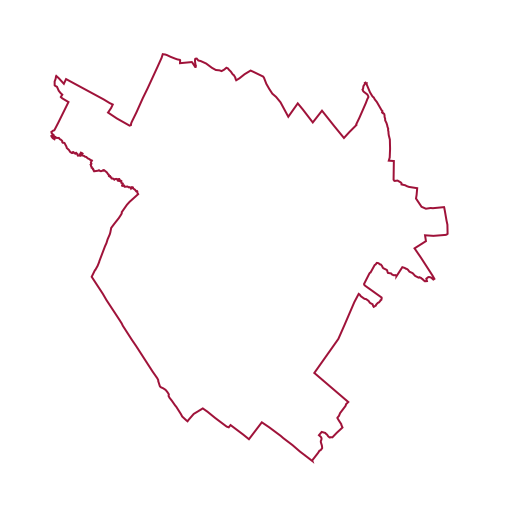 Belcesti, Iasi, Romania, rotated 175°
{"feature_id": "2599482B23393445756532", "entity_name": "Belcesti", "entity_type": "district", "adm_level": 2, "iso_a3": "ROU", "parent_name": "Romania", "parent_adm1": "Iasi", "projection": "mercator", "projection_center": [27.109, 47.31], "detail": "fine", "context": "isolated", "style": "outline", "palette": "rose", "viewbox_px": 512, "rotation_deg": 175, "n_neighbors": 0, "source": "geoboundaries", "source_scale": "gbopen_adm2", "svg_char_len": 6073}
<svg xmlns="http://www.w3.org/2000/svg" viewBox="0 0 512 512"><g transform="rotate(175 256 256)"><path d="M132.5,418.9L132.4,418.3L132.5,418.0L134.2,415.8L134.8,413.2L135.4,412.5L134.8,410.8L134.2,410.1L131.0,407.2L130.2,405.2L130.2,404.4L131.3,402.8L133.3,398.7L141.0,384.6L144.7,378.4L144.5,377.8L152.1,371.4L158.1,365.9L166.7,378.5L177.6,395.0L187.8,384.1L196.6,397.9L201.1,404.4L211.7,391.9L218.2,407.0L222.1,412.7L225.6,416.3L228.3,421.4L230.7,426.6L232.5,432.8L233.2,434.1L242.9,439.9L245.2,441.2L251.5,438.1L257.1,434.4L260.4,432.8L261.0,434.4L261.0,435.4L262.3,438.1L263.3,438.9L265.0,441.9L266.8,444.0L267.6,445.3L269.1,446.1L271.5,444.4L274.2,443.2L276.1,444.1L279.8,444.8L283.5,447.3L288.9,452.1L294.2,455.1L296.2,455.7L296.5,455.9L297.8,457.8L298.4,457.9L299.1,457.8L299.4,457.6L299.7,456.4L299.8,455.0L299.6,451.8L299.3,450.8L299.6,449.6L300.1,449.6L302.7,454.5L303.1,454.8L314.9,454.7L314.5,457.6L314.7,458.0L317.2,458.7L319.4,459.7L323.8,461.9L327.2,463.9L328.8,464.6L331.3,465.2L332.8,461.6L337.8,452.7L349.4,432.4L354.9,423.3L362.7,409.3L368.1,400.4L368.8,399.0L369.2,397.3L370.6,396.9L382.7,405.2L390.9,411.8L387.4,416.1L385.5,419.4L388.3,421.0L394.0,425.2L429.8,448.8L432.4,444.3L436.9,450.2L439.3,452.8L439.5,452.5L440.2,449.9L441.4,447.4L441.7,443.6L441.2,443.0L439.5,441.9L438.1,437.8L436.5,435.4L434.9,433.6L436.6,431.4L436.4,431.1L435.2,429.9L429.4,425.7L441.5,405.8L445.7,399.2L446.0,398.8L447.6,398.4L448.2,397.8L449.0,397.5L449.0,396.8L448.7,395.8L447.0,394.1L446.9,393.5L447.3,393.3L448.4,393.7L449.4,393.4L449.3,392.9L448.2,391.1L446.6,389.9L446.3,390.5L447.0,391.6L447.1,392.2L446.9,392.6L446.6,392.7L445.4,392.1L444.8,391.2L444.4,391.0L442.1,390.8L441.3,389.5L440.3,388.9L439.2,387.7L439.0,387.3L439.1,386.4L438.7,385.7L437.1,385.4L436.9,385.2L435.3,381.4L435.1,380.1L433.1,377.9L432.0,375.8L430.4,374.6L430.0,374.6L429.6,375.4L429.0,375.5L428.6,375.2L428.0,374.2L427.0,373.7L426.5,374.4L426.2,374.5L425.4,373.5L424.7,371.5L423.2,371.5L422.3,371.1L422.0,371.2L421.9,371.6L422.6,372.3L422.7,372.7L422.0,372.8L421.5,374.2L420.7,373.9L419.9,373.2L420.9,372.2L421.0,371.9L420.8,371.5L418.6,370.7L417.8,369.9L416.4,369.4L415.2,368.0L413.3,366.9L412.8,366.2L411.2,365.5L411.1,365.3L411.7,364.8L412.0,364.1L412.3,363.8L412.3,362.9L411.9,362.2L412.0,362.0L412.8,361.4L412.5,360.7L412.5,359.9L411.9,359.0L412.1,358.3L411.0,357.5L410.7,357.0L410.9,356.5L410.2,355.8L410.2,355.0L409.9,354.5L405.2,354.8L404.9,355.1L403.7,354.1L402.7,354.0L401.4,354.4L400.7,354.3L400.5,354.9L399.9,354.8L397.3,352.3L396.2,350.3L395.6,349.9L395.6,348.5L395.4,348.3L394.4,348.3L394.3,347.4L393.3,346.9L393.3,346.1L393.1,345.8L391.3,345.4L390.5,344.4L389.7,344.9L388.6,345.0L387.7,344.7L387.3,344.3L387.3,343.4L386.8,342.9L386.5,342.9L386.1,344.6L385.5,344.6L385.2,343.9L385.4,343.0L385.3,342.5L384.9,342.4L384.1,342.8L383.6,342.5L383.8,340.7L382.4,339.8L382.3,339.4L383.3,338.0L383.3,337.7L382.7,337.4L381.2,337.6L381.0,336.6L380.8,336.4L378.0,336.4L376.6,335.4L375.8,335.6L374.8,334.6L374.6,334.0L373.8,334.6L373.7,335.4L373.4,335.4L372.6,335.0L372.5,334.0L370.7,332.5L369.8,331.0L368.9,331.1L368.6,330.6L368.8,330.0L368.7,329.5L368.0,327.9L377.2,321.0L380.1,318.3L385.9,311.4L386.0,310.3L386.5,309.4L389.3,305.8L394.4,300.4L397.8,296.6L399.1,292.1L399.8,290.3L402.4,285.5L403.9,281.8L405.6,278.8L412.6,264.3L412.7,263.8L414.7,259.9L417.3,256.1L417.7,255.9L421.5,249.6L411.9,231.7L408.8,225.1L397.5,204.1L395.6,200.4L394.8,198.2L386.9,183.2L383.3,176.8L369.2,150.1L365.0,142.8L364.2,140.8L364.3,139.9L363.1,134.6L362.3,133.6L360.0,132.3L358.2,130.9L357.5,130.2L356.1,128.1L354.9,125.8L355.3,124.2L354.5,122.3L352.4,119.1L349.6,114.2L348.6,112.8L344.6,105.1L343.5,102.5L339.5,98.1L338.6,97.3L337.6,98.5L331.8,104.1L322.3,108.8L317.8,105.0L310.9,98.3L300.1,88.6L298.1,87.7L296.1,89.8L284.3,79.2L279.0,74.1L264.7,89.8L257.9,84.3L247.1,74.7L244.7,72.2L236.1,64.4L229.3,57.4L217.7,46.8L217.8,47.2L217.6,47.7L211.2,54.6L209.8,56.5L208.6,56.9L206.9,58.7L206.8,59.6L206.9,61.5L207.6,64.7L207.6,65.9L206.9,67.2L206.6,68.8L206.9,69.6L207.3,70.3L208.9,72.0L205.9,75.0L202.4,73.7L201.9,72.9L200.8,71.9L199.8,70.1L198.5,68.8L198.1,68.7L197.5,69.0L195.7,68.7L191.0,72.8L184.8,77.6L185.7,80.3L185.7,81.0L187.8,84.9L189.0,87.4L189.0,87.8L187.3,89.5L185.9,92.2L180.0,98.7L179.5,99.6L179.3,100.4L176.8,102.5L208.1,134.4L181.2,166.2L174.1,179.1L162.0,201.6L157.0,209.3L156.1,208.5L155.1,206.8L151.7,203.9L150.0,203.4L147.7,201.4L146.9,199.9L146.2,199.1L144.1,197.8L143.7,196.1L143.2,195.1L140.9,196.2L140.6,197.0L138.7,198.7L137.5,199.1L136.0,200.6L135.8,201.1L135.0,201.4L134.5,202.8L134.5,203.7L149.7,216.7L150.7,217.9L150.8,218.7L144.5,228.8L143.9,229.4L143.3,229.6L138.6,236.6L137.5,237.2L136.3,238.6L135.2,238.4L134.3,237.9L133.4,236.9L132.5,236.7L132.2,236.4L131.3,235.0L130.7,233.3L130.2,232.7L126.9,230.7L126.6,230.0L126.3,228.3L126.0,227.6L123.0,226.9L122.1,225.7L120.4,224.8L118.7,224.8L117.8,224.3L117.9,223.5L111.2,232.1L108.8,231.1L107.9,230.3L107.3,230.2L106.4,229.6L105.8,229.0L104.5,227.0L101.5,225.3L99.2,222.3L96.0,220.3L95.6,220.2L95.1,220.6L93.9,220.0L93.2,219.5L93.0,219.0L92.2,218.6L91.0,217.0L90.3,216.6L89.9,216.1L87.9,216.1L88.3,218.6L86.1,220.0L84.7,219.8L83.4,219.2L81.4,217.1L80.3,217.7L81.8,221.0L91.8,239.9L97.4,249.8L85.4,256.0L85.8,261.9L77.5,260.6L65.1,260.5L64.1,260.8L63.2,261.4L62.6,270.5L63.1,274.5L64.0,285.2L64.1,285.9L64.2,287.3L64.4,288.3L75.7,288.2L77.8,288.6L82.6,288.3L86.8,290.6L91.6,299.3L90.7,302.8L89.5,309.5L97.6,311.5L99.6,312.4L101.3,313.5L104.8,314.6L104.7,315.7L105.3,316.6L108.4,318.8L111.3,318.7L111.6,318.8L112.3,320.0L110.4,338.6L115.4,339.4L114.2,342.5L113.1,351.0L112.5,360.3L113.2,364.7L113.3,366.7L113.2,368.3L113.4,369.2L113.4,370.5L113.2,371.1L113.8,373.5L113.9,374.7L114.4,377.0L115.5,379.9L115.4,381.6L115.8,383.3L115.7,384.9L115.9,386.3L116.8,387.3L117.2,387.2L117.6,387.6L117.7,388.0L117.9,388.2L117.4,389.3L118.2,390.3L122.2,398.9L124.0,401.6L124.9,403.7L125.6,404.3L126.2,405.1L128.2,409.2L130.6,416.7L130.8,417.7L130.7,418.4L131.4,418.3L131.8,419.2L132.5,418.9Z" fill="none" stroke="#9f1239" stroke-width="2"/></g></svg>